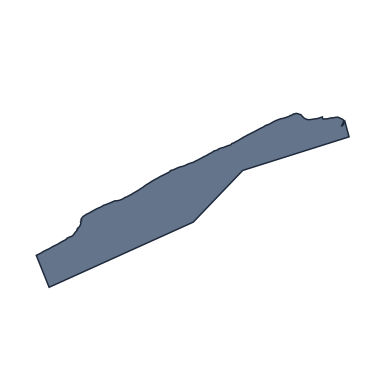 Chelab, Ngaraard, Palau, rotated 248°
{"feature_id": "81905179B54071498694988", "entity_name": "Chelab", "entity_type": "district", "adm_level": 2, "iso_a3": "PLW", "parent_name": "Palau", "parent_adm1": "Ngaraard", "projection": "equal_earth", "projection_center": [134.645, 7.643], "detail": "fine", "context": "isolated", "style": "filled", "palette": "slate", "viewbox_px": 384, "rotation_deg": 248, "n_neighbors": 0, "source": "geoboundaries", "source_scale": "gbopen_adm2", "svg_char_len": 2917}
<svg xmlns="http://www.w3.org/2000/svg" viewBox="0 0 384 384"><g transform="rotate(248 192 192)"><path d="M184.3,358.3L200.3,360.2L200.1,359.9L199.7,359.3L199.6,358.8L199.0,358.6L198.4,358.2L197.7,357.5L197.3,356.6L197.3,355.7L197.6,355.9L197.8,356.0L198.5,356.8L198.8,357.3L199.4,357.8L200.0,358.2L200.6,359.0L201.5,359.5L202.8,359.0L204.1,357.8L205.7,356.4L206.8,355.2L207.6,352.6L207.8,351.0L208.4,349.4L208.9,347.4L209.0,345.7L209.6,343.6L210.2,341.9L210.9,340.6L212.8,341.0L212.9,338.3L213.0,336.7L213.2,335.5L213.5,334.4L214.7,329.2L215.6,326.7L216.2,325.8L217.2,324.7L218.2,323.8L219.1,323.4L220.2,322.9L221.3,322.4L222.8,322.0L223.2,321.5L224.0,320.5L224.6,319.9L225.2,319.1L225.9,318.0L226.0,316.1L226.4,315.4L226.0,314.0L225.8,312.7L226.2,311.8L225.9,310.9L225.7,310.1L225.9,308.5L225.9,306.4L226.1,305.1L226.2,303.7L226.7,301.9L226.8,297.2L226.7,294.6L226.0,289.6L225.9,287.8L226.1,286.8L226.1,285.4L225.9,284.0L225.5,282.4L225.5,281.5L225.4,279.7L225.2,277.4L224.9,275.1L224.7,273.2L224.5,271.0L224.3,268.6L224.1,266.8L224.1,265.3L223.8,263.4L223.6,261.6L223.4,259.5L223.1,258.4L223.0,257.2L222.8,256.0L222.4,254.0L222.3,252.5L222.2,251.1L221.8,248.6L222.1,247.5L221.5,246.1L221.2,245.0L221.3,243.9L221.5,243.1L221.5,240.9L221.5,239.7L221.5,238.2L221.7,236.6L221.9,235.0L222.0,232.9L221.6,231.9L221.5,231.1L221.6,229.0L221.8,227.9L221.4,225.9L221.0,224.6L221.1,223.5L220.7,220.7L220.2,217.3L220.4,216.3L220.0,214.4L219.9,213.0L219.8,211.7L219.6,210.5L219.5,209.5L219.5,208.2L219.3,206.6L219.1,205.1L219.1,203.1L219.4,200.7L219.4,198.5L219.3,197.0L219.2,195.2L219.2,192.8L219.6,191.6L219.7,190.0L219.8,188.6L219.8,187.2L219.7,185.5L219.6,183.7L219.5,182.7L219.9,181.2L219.8,179.7L219.2,179.3L219.0,178.2L218.4,171.0L218.2,168.0L217.9,166.5L217.7,165.0L217.6,163.3L217.3,161.3L217.1,159.3L216.5,156.4L216.0,153.4L215.8,152.0L214.6,147.6L214.3,145.5L213.9,144.1L213.7,142.7L213.4,140.7L213.1,138.8L212.9,137.0L212.4,134.6L212.2,132.0L211.9,128.7L212.1,127.6L211.7,126.4L211.5,124.8L211.5,123.1L211.5,121.6L211.8,120.0L212.1,118.8L212.7,117.2L212.7,115.1L212.6,112.9L212.6,109.9L212.6,107.3L212.8,104.9L212.3,102.7L212.2,100.8L212.2,98.3L212.0,96.1L211.7,93.5L211.4,91.1L211.0,88.4L210.9,86.8L211.0,85.7L210.6,84.9L210.5,83.8L210.3,82.9L209.9,81.5L209.5,80.8L209.0,79.8L208.1,78.8L207.8,78.8L207.3,79.1L206.8,78.9L206.7,78.3L206.5,77.7L206.1,77.6L205.6,77.3L204.9,77.3L204.4,77.1L203.6,76.4L202.6,75.4L201.8,74.4L201.7,73.5L201.4,72.8L200.9,72.6L200.8,72.1L200.6,71.5L200.0,71.7L199.5,70.9L198.9,69.9L198.5,68.9L197.8,67.6L197.0,66.7L196.2,64.9L195.9,63.3L196.2,62.5L196.1,61.2L196.0,59.1L195.1,57.1L195.0,55.9L194.8,53.9L194.5,50.9L194.1,48.9L193.9,47.4L193.8,46.1L193.7,44.9L193.6,44.3L193.7,43.4L193.3,40.8L192.9,38.2L192.8,35.4L192.6,33.1L192.5,31.5L192.0,29.3L191.8,27.6L191.7,25.6L191.6,23.9L157.2,23.8L163.6,181.9L193.0,247.1L184.3,358.3Z" fill="#64748b" stroke="#1e293b" stroke-width="1.5"/></g></svg>